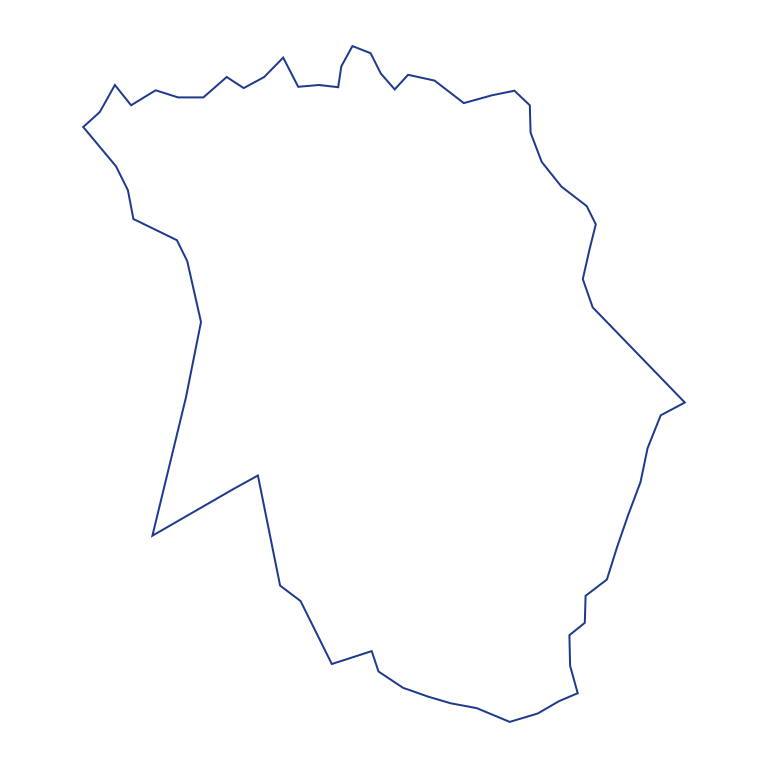 outline of Tigrinhos, Santa Catarina, Brazil
{"feature_id": "56859067B32448575556431", "entity_name": "Tigrinhos", "entity_type": "district", "adm_level": 2, "iso_a3": "BRA", "parent_name": "Brazil", "parent_adm1": "Santa Catarina", "projection": "mercator", "projection_center": [-53.157, -26.678], "detail": "fine", "context": "isolated", "style": "outline", "palette": "blue", "viewbox_px": 768, "rotation_deg": 0, "n_neighbors": 0, "source": "geoboundaries", "source_scale": "gbopen_adm2", "svg_char_len": 932}
<svg xmlns="http://www.w3.org/2000/svg" viewBox="0 0 768 768"><path d="M529.8,105.3L514.4,90.7L492.3,95.2L463.8,103.1L434.6,80.6L408.1,74.8L394.7,89.4L380.8,73.5L370.6,53.2L352.4,46.1L341.3,66.4L338.2,87.2L318.8,85.0L298.2,86.8L283.2,57.6L264.2,77.0L243.7,88.1L226.7,77.0L203.4,97.4L178.1,97.4L155.6,90.3L131.1,105.3L114.9,85.0L99.8,112.0L83.2,127.0L99.8,146.9L116.0,166.3L127.9,190.2L133.4,219.0L176.9,240.2L187.2,261.0L201.0,322.0L186.0,397.2L152.4,535.7L233.8,488.8L257.9,475.5L280.1,585.6L300.6,601.1L331.8,664.0L371.7,651.1L378.5,671.5L403.0,687.8L428.3,696.7L450.8,703.3L476.9,708.2L509.7,721.9L537.7,713.5L559.1,701.1L577.7,693.2L570.1,665.7L569.4,635.2L584.8,622.8L585.6,595.8L606.9,579.5L617.2,546.7L628.2,514.9L640.5,482.1L647.6,448.1L660.7,415.3L684.8,402.5L592.7,307.4L582.8,279.1L589.5,249.5L595.8,224.3L586.7,206.1L561.5,186.7L541.7,161.9L530.6,132.7L529.8,105.3Z" fill="none" stroke="#1e3a8a" stroke-width="2"/></svg>